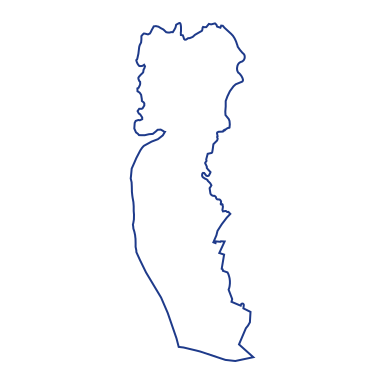 outline of Menbij, Aleppo, Syria
{"feature_id": "27442178B68936835306318", "entity_name": "Menbij", "entity_type": "district", "adm_level": 2, "iso_a3": "SYR", "parent_name": "Syria", "parent_adm1": "Aleppo", "projection": "equal_earth", "projection_center": [38.131, 36.027], "detail": "fine", "context": "isolated", "style": "outline", "palette": "blue", "viewbox_px": 384, "rotation_deg": 0, "n_neighbors": 0, "source": "geoboundaries", "source_scale": "gbopen_adm2", "svg_char_len": 5863}
<svg xmlns="http://www.w3.org/2000/svg" viewBox="0 0 384 384"><path d="M130.7,178.5L131.6,182.3L131.8,186.5L131.9,190.9L131.9,191.0L131.9,191.7L132.3,195.6L132.6,197.7L133.4,202.1L133.7,206.3L133.7,211.0L134.0,214.7L133.9,219.5L133.3,223.0L132.9,224.6L133.2,226.5L133.4,228.7L134.0,230.5L134.4,231.9L135.1,235.2L135.3,237.3L135.5,238.7L135.6,243.2L135.6,246.9L136.3,250.4L136.4,252.2L140.0,260.1L146.0,272.4L161.1,297.6L167.7,312.9L176.5,338.4L178.7,346.9L183.6,347.5L196.6,350.6L200.1,351.5L225.4,359.9L235.3,361.0L253.3,357.2L239.0,344.4L245.9,328.2L248.0,325.6L249.9,322.3L250.5,311.9L243.4,308.4L243.8,305.1L243.8,304.8L243.7,304.6L243.5,304.2L243.3,303.9L243.0,303.7L242.8,303.6L242.6,303.6L242.2,303.6L241.8,303.7L241.6,303.8L241.4,303.9L241.2,304.2L240.7,305.7L231.5,301.8L232.2,299.1L228.6,289.7L228.9,288.8L229.2,288.0L229.4,287.1L229.6,286.2L229.7,285.3L229.8,284.4L229.9,283.5L229.9,282.8L229.9,281.9L229.9,281.0L229.8,280.1L229.7,279.4L229.6,278.5L229.4,277.6L229.2,276.8L229.0,276.1L228.7,275.1L228.4,274.2L228.0,273.4L227.5,272.4L222.9,270.8L222.7,269.4L221.7,268.8L224.1,254.6L219.3,253.0L224.6,241.5L220.9,241.3L220.4,241.8L215.9,241.4L215.5,243.1L213.4,242.3L216.4,235.3L217.5,230.9L221.7,224.3L226.8,217.6L230.3,213.9L228.4,211.9L227.9,212.0L227.6,212.0L227.3,212.0L227.1,211.9L226.9,211.8L226.7,211.6L226.4,211.4L226.2,211.2L225.8,211.0L225.5,211.0L225.1,211.0L224.8,211.1L223.0,211.4L222.4,210.0L222.8,207.7L222.9,206.4L222.5,205.0L222.6,204.8L222.6,204.6L222.4,204.3L222.3,204.2L222.1,204.2L221.8,204.2L221.7,204.2L221.5,204.4L221.3,204.5L221.1,204.5L221.0,204.4L220.9,204.3L220.8,204.2L220.7,204.0L220.7,203.9L220.8,203.7L221.1,201.9L220.9,201.0L220.3,200.1L220.0,199.8L219.7,199.6L219.3,199.5L219.0,199.4L218.6,199.4L218.1,199.5L217.7,199.4L217.2,199.3L217.0,199.2L216.8,199.0L216.5,198.7L216.3,198.3L216.1,198.0L216.0,197.3L215.9,197.1L215.7,196.9L215.6,196.7L215.4,196.5L215.2,196.3L215.0,196.2L214.7,196.0L214.3,195.9L214.2,195.8L213.7,195.9L213.3,195.8L212.8,195.7L212.4,195.6L212.0,195.3L211.6,195.1L211.3,194.8L210.9,194.4L210.6,193.9L210.4,193.4L209.6,188.2L210.5,186.9L211.4,185.3L210.3,183.3L207.8,180.8L207.4,179.9L206.2,179.2L205.5,178.8L204.7,178.5L204.2,178.1L203.5,177.6L203.2,177.5L203.0,177.3L202.8,177.1L202.6,176.9L202.5,176.7L202.4,176.5L202.3,176.2L202.2,176.0L202.1,175.8L202.1,175.5L202.1,175.2L202.1,174.9L202.4,173.5L203.0,172.9L204.2,173.0L204.6,173.5L206.3,175.7L206.9,175.9L207.3,176.0L207.8,176.0L208.2,175.9L208.6,175.7L208.9,175.5L210.3,172.8L210.5,172.1L208.1,169.6L206.8,167.9L206.8,166.6L205.6,164.0L205.4,163.8L205.3,163.6L205.3,163.4L205.2,163.2L205.2,162.8L205.3,162.6L205.4,162.4L205.6,162.2L206.5,160.9L206.4,160.3L206.2,159.4L207.7,153.8L211.3,153.0L211.5,153.0L211.7,152.9L211.8,152.7L212.0,152.5L212.1,152.4L212.2,152.2L212.7,149.4L213.4,144.2L217.1,140.5L217.7,138.8L217.1,137.0L217.6,136.3L217.0,133.2L217.2,132.5L218.4,131.8L222.8,131.6L223.6,131.1L223.5,130.5L224.5,129.8L225.0,130.1L225.6,129.5L226.1,129.1L226.6,128.7L227.2,128.4L227.7,128.1L228.3,127.9L228.6,127.9L228.9,127.9L229.2,127.8L229.5,127.6L229.8,124.4L229.5,121.0L228.7,119.0L225.5,115.1L225.3,111.7L225.7,106.5L225.7,101.0L227.4,96.4L229.9,91.2L233.5,86.3L235.7,84.3L241.8,81.8L242.0,81.7L242.4,81.5L242.6,81.2L242.8,80.8L242.9,80.5L243.0,80.1L242.9,79.7L242.9,79.4L242.7,78.8L242.5,78.1L242.2,77.5L241.9,76.9L241.6,76.3L241.2,75.7L240.8,75.2L240.5,74.7L240.1,74.3L239.7,73.8L239.3,73.4L238.8,73.0L238.3,72.7L238.0,72.2L237.7,71.6L237.5,71.2L237.4,70.8L237.2,70.4L237.2,69.9L237.1,69.5L237.0,69.0L237.0,68.6L237.1,68.1L237.1,67.5L237.3,66.8L237.3,66.3L237.4,65.9L237.6,65.5L237.8,64.9L238.0,64.5L238.3,64.0L238.6,63.6L238.9,63.2L239.3,62.9L239.7,62.6L240.1,62.3L240.4,62.1L240.8,62.0L241.2,61.8L241.6,61.7L241.9,61.6L242.3,61.4L242.7,61.1L243.0,60.8L243.4,60.5L243.7,60.1L244.0,59.7L244.2,59.2L244.4,58.8L244.6,58.2L244.7,57.8L244.7,57.3L244.7,56.7L244.7,56.2L244.6,55.7L244.5,55.3L244.3,55.0L244.2,54.6L244.0,54.3L243.1,53.4L242.2,52.6L241.4,51.6L240.6,50.7L239.8,49.7L239.1,48.7L238.4,47.7L237.7,46.7L237.5,45.7L237.2,44.8L236.9,44.0L236.6,43.1L236.1,41.6L235.1,39.4L234.6,38.4L234.0,37.4L233.4,36.5L232.8,35.6L232.0,34.8L231.3,34.0L224.5,27.8L222.8,25.8L221.2,25.6L220.4,27.7L217.1,26.6L216.4,24.7L215.0,23.4L211.5,24.3L210.8,24.3L210.2,24.2L209.7,24.1L208.9,23.9L206.3,27.1L204.4,27.2L203.1,26.9L202.6,27.7L202.3,29.9L201.8,30.9L198.1,33.0L195.0,34.8L192.7,36.9L189.8,38.1L188.1,38.2L187.0,39.0L185.8,39.7L184.9,39.7L184.0,38.9L183.8,38.1L183.4,36.8L182.8,35.3L180.9,35.0L180.8,32.7L181.0,31.1L181.0,29.0L181.0,27.4L180.9,25.9L180.6,24.2L180.3,23.5L179.8,23.0L179.1,23.1L176.2,24.7L175.5,27.5L174.5,29.5L172.8,32.2L171.2,32.1L169.8,32.5L167.8,32.5L166.2,32.2L163.4,29.5L160.9,28.2L158.5,26.7L155.9,26.1L153.7,26.4L153.0,27.8L151.9,29.7L150.8,32.0L149.9,33.5L148.0,34.4L145.2,33.7L143.9,33.5L142.8,34.4L142.0,35.4L141.4,36.1L141.4,39.4L141.1,42.5L139.7,45.2L139.2,47.0L138.4,53.7L137.5,57.8L137.1,59.3L136.4,59.9L136.3,60.5L137.0,62.6L137.9,64.3L138.6,65.2L139.3,66.0L140.6,66.1L141.9,66.0L143.2,65.5L144.1,64.8L145.0,66.3L144.3,68.4L143.6,69.6L143.2,72.2L142.6,73.0L140.8,74.7L139.1,76.6L138.4,77.7L138.4,78.8L139.2,80.9L140.1,81.8L140.2,83.6L140.0,84.8L138.6,87.8L137.4,88.4L137.5,91.3L138.7,92.0L139.7,92.7L141.1,94.8L141.8,99.0L141.9,101.0L143.7,102.4L144.3,103.4L144.3,105.5L142.6,108.3L141.7,108.8L139.2,108.8L137.6,111.1L138.8,113.5L140.2,114.4L142.2,117.5L142.2,119.2L139.8,120.3L138.4,120.0L135.7,120.9L134.7,122.9L134.3,128.5L136.0,132.4L137.9,133.8L139.0,135.1L141.1,135.2L144.8,135.2L149.0,134.2L152.8,133.9L155.9,131.4L157.6,129.8L160.7,129.6L162.7,130.7L164.3,131.8L164.9,131.9L162.8,135.4L157.9,139.2L151.6,141.6L144.1,145.7L143.3,146.4L142.7,147.1L142.0,147.9L141.4,148.8L140.7,149.8L140.0,151.0L136.3,158.1L134.5,162.3L131.7,168.6L131.0,176.0L130.7,178.5Z" fill="none" stroke="#1e3a8a" stroke-width="2"/></svg>